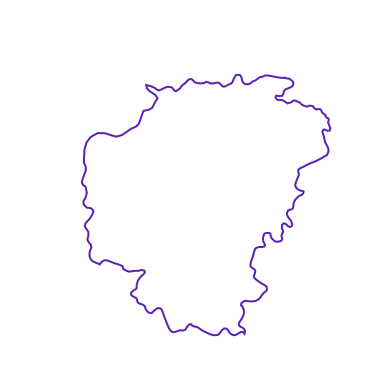 Bykhaw, Mogilev, Belarus, rotated 109°
{"feature_id": "67162791B64614066939299", "entity_name": "Bykhaw", "entity_type": "district", "adm_level": 2, "iso_a3": "BLR", "parent_name": "Belarus", "parent_adm1": "Mogilev", "projection": "orthographic", "projection_center": [30.233, 53.459], "detail": "fine", "context": "isolated", "style": "outline", "palette": "violet", "viewbox_px": 384, "rotation_deg": 109, "n_neighbors": 0, "source": "geoboundaries", "source_scale": "gbopen_adm2", "svg_char_len": 5065}
<svg xmlns="http://www.w3.org/2000/svg" viewBox="0 0 384 384"><g transform="rotate(109 192 192)"><path d="M53.7,141.7L54.2,141.9L55.2,145.9L55.9,149.0L56.1,151.4L56.7,155.0L57.1,158.2L58.2,161.0L60.0,162.8L61.4,165.3L65.8,168.3L67.4,170.3L70.6,172.4L72.0,174.2L72.6,176.6L72.3,178.6L71.0,180.2L68.8,181.8L67.3,182.7L65.9,184.4L66.1,186.3L67.0,188.4L69.5,189.0L71.7,189.4L75.2,189.6L77.2,190.7L78.3,192.2L79.7,193.5L81.4,195.1L82.2,196.7L81.9,198.3L81.0,199.5L80.2,201.7L80.0,203.3L81.5,205.7L82.9,208.3L83.3,210.3L83.0,212.2L83.1,214.5L85.1,216.1L85.8,217.7L86.6,219.3L87.0,221.1L87.4,223.9L87.4,225.2L86.4,226.8L85.5,228.7L85.6,230.1L86.7,231.7L88.6,232.6L91.6,234.1L93.6,235.5L95.1,236.3L96.4,236.7L98.2,237.2L100.3,238.8L101.8,239.9L101.9,241.5L101.3,242.5L100.1,244.2L99.7,245.2L99.9,246.9L100.5,249.4L102.6,252.0L105.9,255.2L106.9,256.9L106.4,259.3L105.6,261.4L105.4,266.2L105.8,270.2L106.1,270.1L108.8,268.2L110.5,264.8L111.2,262.0L112.2,258.3L114.6,255.1L119.7,256.3L125.1,256.9L128.4,259.7L131.0,264.2L133.5,264.4L138.5,264.4L142.6,264.4L145.2,264.6L148.6,266.4L151.9,270.0L160.9,276.7L164.3,281.6L164.6,286.1L164.8,293.6L166.9,300.1L170.8,303.9L173.8,306.1L179.6,307.8L186.3,307.6L190.3,306.5L195.0,305.2L199.6,303.7L202.3,300.9L206.0,299.4L212.9,299.6L216.7,299.6L218.9,299.2L221.0,297.0L221.5,294.5L227.1,291.1L230.9,290.9L232.7,290.9L235.9,291.7L238.9,290.4L240.0,288.7L241.0,286.4L240.2,282.1L241.7,279.3L242.6,278.8L246.4,279.1L250.1,279.9L253.5,281.3L256.3,282.5L259.5,282.1L261.5,279.6L263.4,277.0L267.3,275.7L270.9,275.5L272.2,274.4L273.5,272.7L275.0,270.4L277.2,269.1L280.9,269.3L284.3,268.7L286.9,267.4L289.1,265.1L289.9,262.7L290.2,259.1L290.4,255.5L289.6,255.5L288.3,255.0L286.3,253.8L284.8,252.0L284.3,250.0L284.6,242.5L284.4,237.1L284.8,233.4L287.2,231.9L287.8,228.2L287.8,225.6L286.5,223.0L285.4,221.0L283.9,216.9L282.1,214.3L281.9,211.3L283.6,210.4L286.0,211.3L288.4,212.8L290.8,213.6L293.6,214.3L296.8,214.1L298.2,214.0L300.8,213.1L301.8,213.2L303.5,214.8L306.6,216.7L307.9,216.7L309.2,215.8L309.8,214.6L309.9,212.9L310.5,210.5L311.3,209.2L313.9,207.6L314.7,205.3L314.5,203.9L314.6,201.9L315.0,200.0L315.8,198.9L317.2,198.2L318.3,197.1L319.0,196.2L320.0,194.2L320.2,192.8L319.3,190.5L317.6,189.7L316.3,189.0L314.9,188.1L313.7,187.1L312.8,186.2L312.5,185.1L312.4,183.4L313.2,182.4L314.1,181.4L319.6,177.1L325.7,171.8L328.5,169.3L330.3,166.6L330.8,164.5L329.7,162.3L328.2,160.2L326.6,158.3L326.2,156.6L325.6,154.9L324.3,153.5L323.0,153.2L321.0,152.7L317.9,151.4L317.3,149.5L318.4,148.4L318.4,145.8L318.0,143.3L318.6,140.4L319.1,139.2L319.9,135.4L320.2,132.5L320.6,129.1L320.4,125.1L319.2,121.9L317.7,120.1L316.4,119.9L313.2,118.8L310.9,117.5L309.9,115.3L310.5,113.5L312.5,111.2L313.8,108.2L313.7,105.4L312.2,103.4L310.1,101.7L308.3,100.2L307.8,98.2L309.0,96.2L306.5,96.4L305.6,97.0L304.3,98.7L303.8,100.6L303.4,103.0L302.7,104.2L301.5,104.7L299.7,104.8L297.7,104.3L295.8,103.7L294.0,103.5L290.9,103.3L288.3,103.8L286.6,104.7L285.3,105.9L283.9,106.7L283.5,108.4L282.7,108.9L281.3,109.1L280.2,108.7L277.9,106.9L277.3,105.5L277.0,103.6L276.5,101.4L275.6,99.0L274.7,96.9L271.6,93.9L268.6,92.8L266.5,92.3L264.7,91.5L263.4,90.9L261.5,89.6L259.8,89.4L257.1,90.7L256.4,93.0L256.1,94.6L255.8,96.8L255.0,99.8L253.9,102.8L253.3,104.1L252.8,105.2L251.8,106.1L250.3,106.1L247.7,106.1L245.4,106.7L244.4,109.2L243.9,111.3L243.1,112.6L240.0,113.4L236.7,113.6L233.9,113.4L229.6,113.7L225.6,113.9L223.9,113.0L221.9,110.3L221.2,107.8L220.1,106.1L218.8,105.6L217.4,106.4L216.3,107.7L215.2,108.7L212.7,109.8L211.0,110.1L207.9,110.0L207.0,109.2L205.5,105.6L205.9,104.2L208.4,103.1L209.7,101.8L210.5,100.2L211.6,97.7L211.6,96.1L210.7,93.9L209.2,91.8L208.2,91.5L206.7,91.4L205.3,92.6L203.6,93.3L201.5,93.1L200.0,92.8L198.6,93.6L196.9,95.3L193.7,96.1L191.7,95.1L191.8,92.3L192.9,90.6L193.3,88.2L191.8,86.6L190.2,86.5L187.4,88.6L186.3,90.2L184.7,92.6L182.9,94.5L181.1,95.3L178.1,95.1L176.0,92.3L174.6,91.3L173.1,91.4L170.2,92.1L167.6,92.2L165.3,91.7L164.0,91.2L161.4,89.8L158.9,87.3L157.4,86.5L156.1,86.5L155.1,86.7L155.2,88.4L155.4,91.4L154.8,93.3L153.9,94.9L152.9,96.0L151.6,96.8L148.2,96.9L145.1,96.8L141.6,96.5L140.3,96.7L138.6,98.0L137.4,98.4L136.6,98.6L135.9,98.6L135.1,98.0L134.0,97.2L132.5,95.4L129.5,92.7L125.9,89.1L123.2,85.7L117.9,80.5L115.0,78.2L113.2,76.5L111.2,76.2L109.4,76.2L107.1,77.0L105.0,78.6L103.6,80.1L101.7,82.3L99.9,83.3L97.7,84.8L96.6,85.3L95.3,86.2L94.5,87.1L93.3,88.0L92.4,88.4L91.4,88.4L89.9,87.6L89.9,86.9L89.9,85.1L89.9,83.5L89.0,81.8L87.5,81.7L86.4,82.1L85.1,83.3L83.8,84.4L82.7,85.3L81.7,86.1L79.7,86.1L78.7,86.4L77.9,87.2L77.9,89.0L76.7,90.5L75.6,91.0L75.6,91.5L75.2,93.4L73.9,95.5L73.0,96.1L71.9,97.7L72.4,99.5L73.5,101.2L73.1,103.5L71.5,105.6L72.0,109.0L73.9,111.1L74.0,114.3L73.5,117.1L72.4,119.0L72.3,121.0L71.9,123.6L72.4,125.8L74.9,127.4L77.1,130.5L76.4,133.0L75.7,136.2L76.1,138.2L77.1,141.2L76.3,142.9L75.3,143.9L73.6,143.8L72.6,140.0L71.7,138.0L69.1,137.6L66.2,137.9L64.4,136.9L62.5,134.7L60.4,132.2L58.0,131.2L55.7,131.8L54.4,133.2L53.2,136.7L53.7,138.7L53.7,141.7Z" fill="none" stroke="#5b21b6" stroke-width="2"/></g></svg>